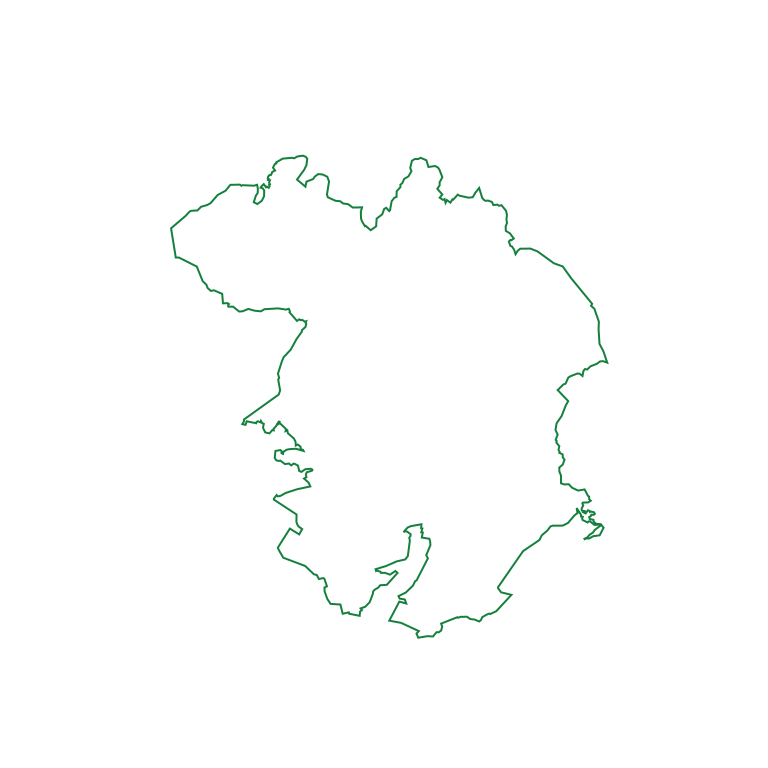 outline of Valle de Bravo, México, Mexico, rotated 212°
{"feature_id": "50627088B62549344911498", "entity_name": "Valle de Bravo", "entity_type": "district", "adm_level": 2, "iso_a3": "MEX", "parent_name": "Mexico", "parent_adm1": "México", "projection": "natural_earth1", "projection_center": [-100.12, 19.185], "detail": "fine", "context": "isolated", "style": "outline", "palette": "green", "viewbox_px": 768, "rotation_deg": 212, "n_neighbors": 0, "source": "geoboundaries", "source_scale": "gbopen_adm2", "svg_char_len": 6166}
<svg xmlns="http://www.w3.org/2000/svg" viewBox="0 0 768 768"><g transform="rotate(212 384 384)"><path d="M440.6,269.7L437.5,263.4L434.9,262.2L432.4,263.0L431.4,264.1L425.5,263.6L422.5,266.2L419.6,265.8L418.4,268.7L416.9,269.0L413.7,269.2L409.8,265.3L407.5,265.7L405.6,270.0L401.2,273.3L399.3,273.4L399.1,272.4L402.7,268.2L402.3,265.7L400.4,263.9L401.7,261.4L395.6,260.4L392.2,258.1L402.0,248.6L409.8,239.3L412.6,234.1L414.6,232.4L416.2,232.9L416.6,228.6L416.2,227.6L389.0,227.0L385.2,220.6L383.2,219.0L381.1,217.9L376.5,217.6L376.2,211.5L387.2,211.5L387.3,189.0L385.5,187.6L377.4,183.3L354.4,187.9L342.6,185.5L339.7,186.4L335.9,184.1L332.7,187.2L331.3,187.2L325.2,182.2L326.6,179.9L324.6,176.8L318.2,171.7L312.8,169.2L304.1,173.9L297.3,167.3L292.8,171.7L291.8,170.7L281.8,174.5L283.7,178.3L282.9,180.7L284.9,181.3L281.9,185.1L280.5,191.4L282.2,199.9L283.3,202.4L283.0,204.3L280.9,208.6L280.6,211.3L275.2,215.2L272.4,230.9L275.2,231.5L277.9,225.5L283.0,224.4L286.5,222.2L287.5,222.9L291.0,222.1L291.6,221.2L293.0,222.5L285.9,230.6L279.3,240.2L273.0,246.5L272.6,250.7L279.1,264.9L281.1,267.0L281.0,269.3L281.8,270.7L286.1,271.1L287.8,270.5L289.0,268.8L287.9,274.8L285.9,277.7L277.9,284.9L276.1,281.4L274.9,281.8L273.8,278.0L272.4,278.6L270.6,273.8L263.5,276.8L261.3,274.8L259.2,271.8L257.5,261.3L254.4,259.4L252.3,234.8L253.1,233.3L252.6,228.4L255.0,218.7L259.3,211.8L257.0,210.3L252.2,212.3L248.8,209.6L255.7,207.6L254.1,186.1L242.9,190.5L223.5,192.9L224.2,189.6L220.5,187.0L213.5,193.2L208.7,195.8L207.9,201.4L206.0,202.4L204.9,205.3L206.1,209.1L208.6,211.1L198.2,225.1L197.3,225.0L195.6,227.2L190.3,230.6L186.4,230.4L182.2,232.3L177.5,233.0L176.7,235.0L177.1,238.4L174.3,243.5L173.0,245.1L172.0,245.2L168.4,250.8L164.2,272.7L174.3,269.4L179.1,271.3L179.6,272.2L177.5,316.0L169.5,334.1L170.0,339.3L167.8,346.3L167.3,351.5L165.9,353.2L157.4,358.6L154.3,363.7L152.9,373.4L151.5,377.1L154.9,380.9L147.4,377.4L146.7,376.0L145.0,376.6L144.6,374.8L143.5,373.9L137.9,374.5L137.4,376.3L136.5,376.7L130.8,376.0L126.3,379.3L125.3,378.9L128.0,371.7L128.0,368.9L129.8,365.0L130.2,361.8L132.0,359.0L131.5,358.8L130.6,360.3L128.2,361.6L125.9,365.8L120.9,370.0L121.6,378.5L125.9,380.0L130.3,377.8L133.4,378.5L134.4,379.8L138.0,378.5L139.5,379.9L138.6,381.7L138.9,383.1L136.8,384.2L136.4,385.7L138.1,386.5L140.9,385.5L141.5,384.6L142.3,385.3L144.1,385.0L144.5,381.0L146.7,380.9L145.9,382.1L146.3,382.6L149.2,381.5L150.5,383.3L150.6,386.4L152.5,387.8L152.5,388.8L148.1,391.8L146.8,394.6L148.9,395.0L150.4,397.2L151.7,397.2L158.0,400.9L162.9,396.5L169.4,395.7L174.2,396.9L178.0,394.3L181.3,393.6L185.5,400.3L188.7,402.5L191.1,406.0L189.7,410.3L190.8,415.5L193.3,416.4L195.3,419.0L198.8,418.5L199.0,419.5L201.1,420.6L202.4,424.2L206.7,425.6L207.3,427.1L208.8,427.6L209.9,433.1L214.2,435.9L216.8,442.1L216.4,451.1L218.5,462.0L218.7,467.1L233.5,470.9L231.7,478.5L230.2,480.5L231.1,487.1L229.8,489.7L225.5,495.4L223.5,496.4L219.9,496.0L221.8,500.8L221.5,503.2L219.4,503.9L218.2,508.5L214.3,513.7L212.7,517.7L210.2,519.5L206.0,520.4L215.4,528.1L222.5,532.2L231.0,544.1L234.8,550.7L245.5,559.3L249.8,560.0L250.0,562.3L281.7,573.0L294.7,578.4L303.9,576.4L324.1,577.8L331.6,576.4L340.2,570.9L341.2,567.8L341.2,563.8L344.9,566.9L348.2,568.4L350.0,568.1L353.6,571.0L353.1,573.2L352.2,573.4L351.0,576.1L357.1,578.5L361.8,578.4L364.3,582.0L365.0,585.8L367.2,588.2L369.5,592.8L372.4,595.6L379.1,597.9L380.9,596.1L382.9,596.2L386.1,593.7L388.9,595.6L393.0,594.7L395.0,593.1L397.0,593.1L399.4,593.9L407.2,600.7L407.9,594.4L407.7,589.4L411.1,586.8L419.7,583.7L421.8,583.7L423.0,577.0L423.8,576.9L423.8,573.0L428.2,573.3L427.8,570.3L430.6,572.9L431.5,571.4L435.5,571.5L435.0,575.6L442.2,577.8L442.1,582.0L443.7,584.5L444.1,590.3L450.7,595.2L452.6,596.1L456.1,596.0L461.3,591.6L466.6,596.2L472.9,595.2L474.1,593.0L477.2,591.0L478.6,588.0L476.3,581.2L473.5,579.0L473.3,573.0L475.6,568.6L474.9,564.1L475.7,561.7L474.4,559.7L475.4,554.2L472.5,549.2L473.9,547.5L474.4,543.1L471.0,534.6L471.2,533.4L475.5,534.6L476.6,532.5L475.4,526.9L477.9,520.4L474.2,513.5L476.8,507.4L483.4,508.4L483.8,507.7L489.0,510.4L491.2,512.2L495.0,517.9L496.2,522.2L504.0,517.1L509.8,517.5L514.4,515.4L518.0,515.8L522.1,513.7L530.6,512.6L532.8,514.5L537.9,526.6L541.9,529.7L546.9,529.2L551.0,527.2L552.6,523.2L552.7,520.3L557.0,514.5L555.2,509.7L566.1,511.3L565.2,523.5L565.8,528.7L568.5,534.4L570.7,535.2L573.7,534.7L578.0,531.1L579.8,527.8L581.7,527.2L589.3,521.5L592.9,514.8L592.2,514.0L593.1,512.7L592.8,508.7L589.5,507.3L591.1,504.7L590.6,501.5L591.8,500.6L592.2,498.5L591.5,496.7L590.6,496.8L590.5,495.6L588.7,496.4L588.2,493.9L586.6,493.0L587.1,492.2L585.8,491.2L585.7,489.3L588.1,489.3L588.3,488.3L591.9,489.8L592.7,486.7L592.7,485.1L590.5,485.7L588.1,484.6L585.2,479.6L584.7,474.7L586.8,469.5L590.8,469.2L592.4,475.6L592.4,479.2L594.5,482.8L597.2,485.7L599.3,483.3L609.4,477.6L610.0,476.5L611.9,476.7L619.8,471.5L620.8,463.9L625.2,456.2L626.9,445.5L628.8,442.1L633.0,437.4L634.2,432.3L639.2,428.8L640.3,427.0L641.3,421.5L647.1,403.2L627.6,380.9L625.1,382.5L605.0,384.4L592.2,375.1L587.2,374.1L584.4,371.9L580.1,371.2L578.0,373.3L569.0,374.7L563.3,367.1L559.4,369.7L557.9,369.6L558.0,368.1L556.9,367.1L553.0,369.6L545.2,368.7L542.5,370.7L538.8,375.8L532.8,377.5L526.9,380.4L525.1,384.0L513.9,392.0L506.5,395.2L504.6,397.3L502.3,395.8L502.1,394.7L491.2,391.4L490.2,393.9L488.1,394.1L487.3,395.1L484.1,394.9L483.2,396.0L482.9,394.3L481.9,393.9L480.8,390.8L482.1,386.2L481.4,384.6L482.0,375.8L481.3,363.8L483.3,353.6L482.7,349.5L479.4,336.5L476.1,333.6L476.1,331.7L468.7,323.5L467.7,319.3L483.9,279.8L482.9,277.8L482.9,274.9L479.8,275.9L480.7,279.6L471.6,283.0L472.0,284.2L471.1,285.6L468.3,286.1L468.7,287.4L466.6,286.3L464.8,286.5L463.5,282.8L459.1,280.0L455.0,281.4L454.3,285.6L452.9,286.3L453.9,287.2L453.2,291.1L453.5,294.0L452.6,292.3L453.4,294.9L453.2,296.5L452.4,296.6L451.8,294.9L451.3,295.5L443.3,293.9L442.5,291.9L441.5,293.5L439.4,291.3L431.4,290.0L428.5,288.2L426.2,285.1L425.2,286.9L424.2,286.9L421.5,286.6L420.3,284.7L417.7,285.2L416.7,284.6L424.4,282.4L429.7,278.6L431.7,276.7L433.4,273.3L432.6,271.2L434.2,271.0L435.3,272.8L436.8,273.1L440.6,269.7Z" fill="none" stroke="#15803d" stroke-width="2"/></g></svg>